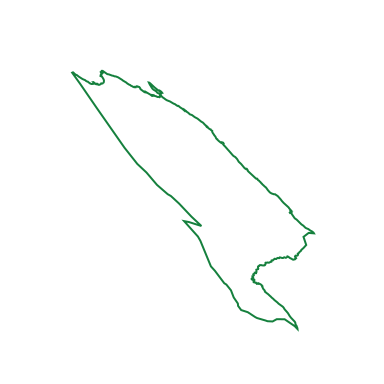 outline of Vadsø nor, Finnmark, Norway, rotated 219°
{"feature_id": "86288312B60394141718177", "entity_name": "Vadsø nor", "entity_type": "district", "adm_level": 2, "iso_a3": "NOR", "parent_name": "Norway", "parent_adm1": "Finnmark", "projection": "robinson", "projection_center": [29.594, 70.269], "detail": "fine", "context": "isolated", "style": "outline", "palette": "green", "viewbox_px": 384, "rotation_deg": 219, "n_neighbors": 0, "source": "geoboundaries", "source_scale": "gbopen_adm2", "svg_char_len": 5842}
<svg xmlns="http://www.w3.org/2000/svg" viewBox="0 0 384 384"><g transform="rotate(219 192 192)"><path d="M272.2,183.9L252.2,179.4L239.7,178.5L223.7,175.5L209.5,175.0L205.9,175.6L194.9,174.9L176.9,172.5L163.3,171.5L175.5,166.7L179.8,164.4L159.3,161.1L154.7,159.3L130.5,146.1L124.7,145.2L109.5,141.4L107.1,141.7L99.8,140.1L93.2,136.3L86.2,134.2L84.5,132.5L79.5,131.2L73.0,133.7L64.0,134.6L62.1,135.0L54.0,138.4L52.0,139.1L47.9,142.1L46.1,146.5L39.9,151.4L27.7,152.4L23.8,151.9L24.4,152.5L25.8,153.3L26.6,153.8L28.1,154.2L29.6,155.5L30.7,155.9L36.1,156.6L38.4,157.2L41.1,158.2L43.1,158.6L45.0,158.9L46.5,159.2L48.0,159.8L49.3,160.0L54.6,159.7L55.9,159.9L60.1,159.9L61.6,160.1L63.8,160.1L65.0,160.3L66.0,160.3L68.5,160.5L70.7,160.4L71.8,160.5L72.6,160.4L73.5,161.2L75.5,161.5L78.1,162.7L78.5,163.0L78.4,163.2L79.2,163.3L79.5,163.5L80.6,163.4L81.6,163.2L83.2,162.8L83.2,162.7L82.9,162.3L83.8,161.9L83.7,161.5L83.8,161.4L85.2,161.8L85.7,161.3L86.7,161.4L86.9,160.9L87.2,160.7L87.4,160.7L87.7,161.0L87.9,161.3L87.9,162.5L88.3,163.0L89.1,162.9L89.2,162.7L89.0,162.3L89.5,161.9L90.6,161.7L91.0,161.9L91.0,162.1L90.1,162.8L91.1,163.2L91.2,163.6L90.8,164.0L91.9,164.5L91.6,164.9L91.7,165.7L91.5,165.9L91.5,166.1L92.6,166.6L92.4,167.5L92.0,168.1L92.4,168.7L91.3,169.3L91.8,169.8L91.5,170.2L91.5,170.4L93.1,172.1L92.7,172.7L92.5,173.4L92.1,173.7L92.3,174.2L93.5,175.1L93.7,175.5L93.7,176.3L93.2,176.9L93.4,177.5L93.3,177.8L92.3,178.7L91.3,179.1L89.7,180.3L89.7,180.8L89.3,181.1L89.3,181.4L89.5,181.7L89.5,182.3L89.8,182.8L90.3,183.1L90.3,183.4L89.1,184.4L88.9,184.8L87.9,185.3L87.6,185.6L87.5,186.0L87.0,187.0L86.5,187.6L86.4,187.9L87.0,188.6L87.1,188.9L86.1,189.8L86.1,190.8L85.8,191.4L85.8,192.1L85.6,192.3L84.8,192.6L84.4,192.9L84.1,194.4L83.8,194.8L82.9,195.2L82.6,195.5L82.7,196.1L82.6,196.5L80.5,197.4L79.7,198.0L79.4,199.0L79.1,199.4L78.0,199.7L77.6,200.0L77.1,201.4L77.3,202.0L76.4,202.3L74.4,202.3L72.8,202.7L71.2,202.9L70.7,203.1L70.3,203.7L69.7,204.3L69.6,204.6L69.9,205.2L69.4,205.8L69.4,206.1L71.3,206.6L71.4,206.9L71.5,207.6L71.4,207.8L70.3,208.6L70.0,209.2L70.1,210.0L71.0,210.7L70.6,211.7L70.7,212.7L70.3,215.1L70.6,215.7L70.1,218.7L69.9,222.7L77.1,227.3L75.6,233.6L71.2,236.6L72.0,236.9L73.9,236.9L75.7,236.5L78.3,236.4L80.2,235.8L81.3,235.6L84.3,235.9L86.6,235.7L93.3,236.4L95.6,236.2L100.7,237.7L101.6,238.3L101.8,238.8L101.8,239.0L101.9,238.8L101.8,238.5L102.3,237.7L102.5,237.4L102.9,237.5L102.8,237.8L102.5,237.9L102.4,238.4L102.5,238.5L102.2,239.0L102.5,239.1L102.3,239.0L102.4,238.7L102.6,238.7L103.8,239.1L103.9,239.3L104.1,239.7L103.6,240.0L106.4,240.5L107.1,240.8L114.0,241.2L116.6,241.6L118.1,242.0L122.8,242.8L126.1,242.5L126.9,241.8L129.4,240.9L131.3,240.7L134.3,241.2L136.3,241.8L137.9,242.1L138.7,242.0L140.8,242.2L141.8,242.2L142.5,242.3L142.9,242.5L143.5,242.4L145.2,242.8L146.0,242.7L146.8,243.0L148.1,242.8L149.1,243.1L149.3,243.2L149.1,243.3L149.3,243.2L149.8,243.1L149.8,243.3L150.0,243.3L150.1,243.2L149.8,243.0L150.8,242.7L161.1,243.4L162.1,243.6L162.4,243.9L163.5,244.2L163.4,244.3L164.0,244.5L164.2,244.4L163.8,244.1L164.2,243.8L166.0,243.6L171.5,244.7L174.7,244.9L177.7,246.0L180.3,246.4L182.4,246.1L183.4,246.2L190.8,247.5L190.7,247.8L190.9,247.5L195.6,248.3L196.4,248.3L196.5,248.4L197.8,248.6L198.0,249.1L197.7,249.1L197.8,249.3L197.2,249.3L197.8,249.3L197.8,249.5L198.4,249.7L198.9,249.7L198.7,249.8L198.8,249.9L199.5,249.7L200.3,249.3L200.1,248.6L200.8,248.5L203.4,248.5L205.6,248.7L205.7,248.9L206.8,248.8L208.7,249.8L210.5,250.1L210.7,250.3L212.9,250.9L214.2,251.5L214.7,252.2L216.3,252.1L216.9,252.4L217.7,252.0L220.5,252.0L221.3,251.8L222.7,252.2L222.5,252.4L224.9,252.4L225.2,252.6L227.4,252.8L229.0,252.5L233.9,252.5L237.0,251.9L240.4,251.8L242.6,251.0L244.7,251.2L246.7,251.0L247.4,251.2L248.3,251.1L249.4,251.1L249.1,250.8L249.9,250.7L249.7,250.5L251.9,250.6L254.7,250.3L256.7,250.4L257.1,250.2L257.2,249.9L257.8,249.7L260.9,249.5L261.8,249.1L266.1,248.5L269.2,247.5L270.7,247.3L273.6,247.2L274.1,247.1L275.6,247.2L276.8,247.5L278.8,248.3L278.8,249.0L278.3,249.5L277.7,249.5L277.9,249.6L277.7,249.6L277.9,249.7L277.9,249.8L276.8,249.5L277.6,249.8L277.8,250.2L277.7,250.3L279.0,250.6L280.3,250.5L280.0,250.1L280.4,249.9L283.5,249.7L287.0,249.7L292.6,250.1L294.0,250.1L294.4,249.9L292.3,248.9L290.1,248.2L289.5,247.9L287.7,247.4L286.4,247.3L283.2,247.7L281.3,247.3L279.4,247.8L278.6,247.7L277.8,247.2L277.3,246.6L276.9,245.8L277.1,245.7L277.0,245.2L278.0,244.8L278.4,244.3L278.8,244.1L280.2,243.8L280.7,243.5L281.7,243.1L282.6,243.2L283.1,242.9L282.4,242.7L283.0,241.9L283.6,241.5L285.4,241.5L290.1,240.8L289.9,240.7L290.7,240.5L290.5,240.3L291.7,239.7L296.7,239.5L297.5,240.0L299.0,240.4L300.4,239.9L300.3,239.7L300.6,239.5L301.2,239.5L301.7,239.2L301.8,238.7L301.6,238.0L302.1,237.6L302.6,237.6L302.6,237.3L302.9,237.0L303.5,236.9L303.8,236.7L305.2,236.5L306.2,236.2L307.5,236.2L308.3,235.9L310.7,235.6L311.9,235.7L316.1,235.1L316.6,235.2L321.6,234.6L324.1,233.8L325.0,233.1L326.3,232.8L327.3,232.2L330.6,231.1L332.0,230.3L337.7,229.9L338.3,229.4L338.1,229.1L338.2,228.8L337.0,228.7L336.6,228.5L336.8,228.3L336.5,227.7L337.5,227.3L336.9,227.0L336.6,226.5L336.7,225.9L335.9,225.6L335.8,225.2L336.0,224.9L336.9,224.7L336.2,224.5L334.5,225.0L332.0,224.1L330.9,223.5L330.4,223.0L329.7,221.9L329.5,220.8L329.0,220.7L329.5,220.6L330.0,219.8L330.9,219.3L330.8,218.4L331.0,217.9L331.7,216.7L332.8,216.3L333.3,216.6L333.8,216.5L334.2,216.2L334.2,215.8L334.1,215.6L335.4,215.0L336.1,215.1L335.9,215.2L336.3,215.2L336.4,215.4L336.7,215.3L336.6,215.2L336.9,215.2L337.7,215.4L337.9,215.2L337.3,215.1L336.8,214.8L336.8,213.9L337.9,212.8L339.4,212.2L339.7,212.3L341.3,212.1L342.4,212.2L343.2,211.8L344.4,211.6L345.3,211.7L348.1,210.9L352.6,210.4L355.0,210.4L355.7,210.1L358.0,209.9L358.5,210.1L359.8,210.1L360.2,209.3L347.1,205.7L319.1,197.4L272.2,183.9Z" fill="none" stroke="#15803d" stroke-width="2"/></g></svg>